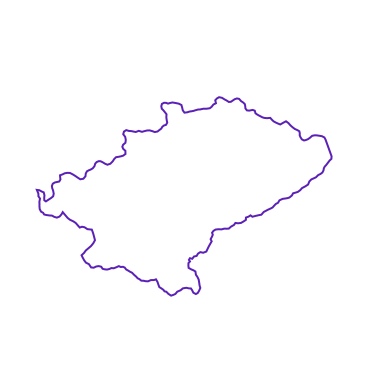 outline of Colinas do Tocantins, Tocantins, Brazil, rotated 62°
{"feature_id": "56859067B57184865467737", "entity_name": "Colinas do Tocantins", "entity_type": "district", "adm_level": 2, "iso_a3": "BRA", "parent_name": "Brazil", "parent_adm1": "Tocantins", "projection": "orthographic", "projection_center": [-48.535, -8.07], "detail": "fine", "context": "isolated", "style": "outline", "palette": "violet", "viewbox_px": 384, "rotation_deg": 62, "n_neighbors": 0, "source": "geoboundaries", "source_scale": "gbopen_adm2", "svg_char_len": 4331}
<svg xmlns="http://www.w3.org/2000/svg" viewBox="0 0 384 384"><g transform="rotate(62 192 192)"><path d="M117.3,328.0L121.3,328.4L123.7,329.6L126.5,329.3L128.9,331.3L131.0,332.3L132.8,333.3L135.6,334.5L138.5,334.5L140.5,333.2L142.4,333.1L143.8,331.6L145.7,329.0L147.1,326.7L149.3,325.3L151.2,323.3L151.5,320.4L150.4,317.6L149.1,315.6L156.5,314.0L159.2,312.8L162.3,310.5L164.8,309.2L168.7,308.3L170.7,307.8L171.0,305.5L172.7,303.4L175.7,301.8L178.2,298.1L182.2,298.7L185.7,299.5L189.0,300.3L190.9,303.2L192.3,306.5L193.8,313.3L195.1,315.9L196.0,319.2L198.3,319.3L201.5,319.3L204.6,318.8L207.3,316.9L209.3,316.7L211.2,316.5L212.7,314.3L212.8,311.6L213.6,309.2L215.4,307.2L217.8,307.0L219.2,305.5L220.6,303.4L221.2,301.1L221.3,298.9L222.6,296.9L222.9,294.3L223.1,291.4L224.8,290.1L225.6,288.1L227.1,286.9L229.5,286.5L231.5,285.2L233.4,284.1L235.2,282.8L237.7,282.1L240.6,281.0L242.7,280.5L244.3,279.3L246.5,278.4L247.5,276.6L249.0,274.8L250.2,272.8L250.5,269.6L251.9,266.9L252.2,264.8L255.2,264.7L258.3,265.2L260.6,265.5L262.9,264.2L264.9,263.2L266.8,262.9L268.0,261.5L270.8,260.7L273.7,259.1L274.1,256.6L274.2,254.5L273.1,251.8L273.4,248.2L272.8,245.3L273.9,242.0L275.7,239.9L276.7,238.2L278.9,238.0L281.5,238.1L283.9,236.5L283.9,234.4L282.6,232.2L280.6,229.7L278.1,229.2L275.4,228.2L272.4,227.2L269.4,227.1L266.9,227.4L263.8,226.3L261.9,227.4L260.1,228.9L257.4,230.6L255.2,229.7L253.1,228.5L252.4,226.4L250.5,226.6L249.5,224.9L251.1,223.1L249.9,220.6L250.6,217.9L249.2,215.6L249.0,212.9L250.9,210.6L251.3,207.3L249.5,204.9L247.9,202.7L246.3,200.2L244.8,197.8L242.4,197.7L240.8,195.3L239.5,193.7L237.4,193.4L236.4,191.3L236.2,188.9L237.2,186.3L238.9,183.4L239.5,180.7L240.6,178.8L241.6,176.7L240.9,173.9L240.8,170.4L239.7,168.2L241.2,166.1L242.3,163.3L242.2,160.1L241.9,157.5L239.9,156.4L240.3,153.6L240.1,151.3L242.2,150.3L242.9,147.3L243.7,144.3L244.6,141.4L243.3,138.1L243.3,135.8L243.3,133.2L243.5,130.2L243.5,128.1L242.7,126.0L241.9,123.6L241.9,121.1L240.4,118.7L240.6,115.2L241.6,112.5L242.2,110.7L242.6,108.6L242.0,105.5L240.6,103.3L241.1,101.2L241.6,98.6L241.2,95.7L240.2,93.0L240.2,89.4L239.9,86.0L237.8,83.5L236.9,80.7L237.1,78.0L237.2,75.6L236.3,72.6L236.4,70.1L236.0,67.7L234.7,65.8L233.0,64.5L231.9,62.9L231.2,60.9L230.0,58.3L228.8,55.7L228.2,53.4L226.0,52.0L208.5,49.5L206.0,49.5L203.7,51.1L202.0,53.3L200.4,55.5L199.4,57.4L198.8,59.6L199.4,62.0L199.8,64.5L199.6,66.9L199.1,68.9L197.1,70.3L194.4,70.5L192.5,70.3L190.8,69.3L188.8,68.7L186.7,70.0L184.5,71.7L181.8,72.9L179.4,73.8L176.4,74.5L173.7,75.8L173.7,79.1L173.8,82.4L172.1,83.8L169.9,85.5L167.9,86.8L165.8,87.5L163.3,88.1L162.0,91.2L160.5,93.4L159.1,94.8L157.6,95.8L156.0,96.9L154.5,97.9L152.3,99.0L149.7,98.4L148.0,99.9L147.0,103.3L145.7,105.2L143.3,105.6L141.2,104.7L139.2,104.1L137.0,104.8L134.8,106.0L131.9,106.7L130.5,108.4L130.1,110.9L130.4,113.3L130.6,115.3L129.8,117.2L127.6,118.4L125.2,120.0L122.9,121.3L121.0,123.6L121.1,126.0L121.9,128.4L124.9,129.2L124.8,132.0L126.0,134.7L126.4,137.0L125.3,140.1L123.8,142.9L122.9,146.1L122.0,148.0L121.5,150.3L121.1,152.5L120.5,154.5L119.8,156.4L119.4,158.8L118.4,161.4L115.6,161.8L113.0,161.1L110.2,160.5L107.8,162.2L105.9,164.5L103.8,167.2L103.1,169.6L102.7,171.7L101.2,172.9L100.1,174.8L100.1,177.2L101.8,178.8L104.3,179.6L106.1,179.0L108.6,178.5L111.4,178.0L114.0,179.6L116.7,180.6L119.1,181.3L120.5,183.4L120.1,185.6L120.5,187.6L121.6,189.4L121.9,191.3L122.4,194.0L121.6,196.7L119.6,198.5L117.7,200.5L116.6,202.8L115.9,205.5L115.4,207.9L113.0,210.3L112.6,213.5L111.3,215.1L109.8,216.9L108.4,219.1L106.5,221.0L106.7,223.7L108.7,225.6L111.9,225.1L114.9,226.0L117.3,227.7L117.9,230.6L119.4,232.3L121.5,232.5L124.4,231.5L127.2,232.9L127.6,235.8L127.1,238.1L126.4,240.5L125.6,242.7L126.4,245.3L127.7,247.6L128.7,250.8L128.2,253.9L126.2,255.5L124.0,256.8L122.0,258.2L121.0,259.8L120.8,262.1L121.5,264.1L123.4,266.0L124.5,268.5L124.6,270.9L124.4,272.8L124.4,275.0L125.8,277.1L128.1,278.7L129.3,281.7L128.3,284.7L125.4,286.3L122.7,287.7L120.5,289.0L117.9,290.8L116.5,293.2L115.7,295.7L115.7,297.8L115.3,300.7L117.4,301.6L119.2,302.3L120.4,304.3L119.8,306.5L119.2,308.6L119.3,311.0L120.9,312.9L122.9,313.6L125.7,314.0L128.6,314.9L130.6,316.6L131.1,318.9L131.4,322.1L131.7,325.4L130.0,326.3L127.9,325.3L125.6,323.8L122.7,323.1L121.0,324.5L118.7,326.0L117.3,328.0Z" fill="none" stroke="#5b21b6" stroke-width="2"/></g></svg>